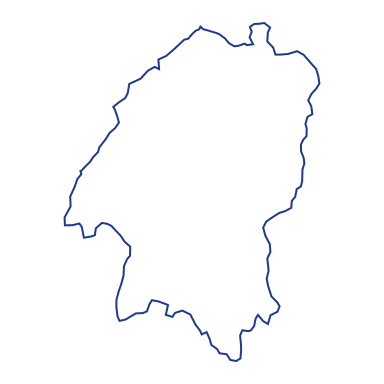 Pachna, Limassol, Cyprus (Equal Earth projection)
{"feature_id": "46923920B95512444648748", "entity_name": "Pachna", "entity_type": "district", "adm_level": 2, "iso_a3": "CYP", "parent_name": "Cyprus", "parent_adm1": "Limassol", "projection": "equal_earth", "projection_center": [32.786, 34.766], "detail": "fine", "context": "isolated", "style": "outline", "palette": "blue", "viewbox_px": 384, "rotation_deg": 0, "n_neighbors": 0, "source": "geoboundaries", "source_scale": "gbopen_adm2", "svg_char_len": 2153}
<svg xmlns="http://www.w3.org/2000/svg" viewBox="0 0 384 384"><path d="M80.4,171.1L81.4,174.1L77.3,179.1L74.8,186.5L70.2,196.6L70.6,206.4L64.6,217.3L64.9,225.3L72.4,225.2L79.3,223.5L81.8,227.0L82.9,232.7L83.9,237.7L91.6,236.4L94.9,235.1L95.8,228.4L101.9,222.9L107.5,223.9L111.7,226.1L114.8,229.6L120.8,235.9L124.6,241.7L130.2,246.6L130.0,255.8L127.2,258.9L124.0,266.1L123.5,275.8L121.1,284.5L118.7,291.4L116.4,299.9L116.4,307.7L117.6,316.6L119.5,320.9L125.6,319.5L135.8,313.4L142.7,313.1L146.9,311.4L149.4,304.3L151.9,300.2L157.9,301.3L165.4,303.9L168.0,305.1L165.8,314.8L172.4,316.9L175.0,312.9L182.3,310.6L190.3,314.5L195.5,324.6L200.1,330.7L201.7,334.4L206.6,332.1L209.5,338.6L211.4,345.0L217.1,349.1L219.5,353.3L226.6,354.2L230.4,360.0L236.2,361.0L240.4,358.5L241.1,351.0L241.1,346.2L240.1,335.6L242.3,330.3L248.8,331.2L250.9,330.3L254.1,326.1L255.7,318.4L258.0,314.9L263.2,321.2L267.5,323.7L267.9,324.0L270.5,315.2L277.4,311.8L279.6,306.3L277.4,302.5L271.5,296.5L268.6,287.6L268.0,285.6L266.7,278.4L268.6,270.7L267.3,258.4L270.4,252.0L269.8,244.2L265.3,235.6L263.2,227.6L266.2,221.6L273.0,216.9L279.3,212.9L285.0,211.2L291.3,207.8L291.8,200.9L295.2,196.8L296.7,189.1L300.8,186.5L302.2,181.1L302.3,175.1L302.5,169.5L304.3,163.6L303.7,158.0L301.1,151.5L300.9,144.6L303.3,139.6L306.5,136.2L306.7,128.4L305.4,123.9L307.5,116.9L312.3,114.1L311.3,106.3L308.2,100.3L311.4,94.0L316.1,88.8L319.4,83.6L319.1,81.4L318.2,75.8L316.1,68.9L311.6,64.0L308.2,60.0L303.6,54.8L297.1,51.2L287.9,54.0L280.7,54.6L275.5,54.6L273.2,47.6L267.3,41.4L267.8,32.7L270.1,27.5L266.4,24.7L264.3,23.0L259.8,23.7L254.2,24.0L249.9,26.9L251.7,31.8L249.6,37.3L253.1,44.3L246.7,45.1L244.7,43.6L238.7,45.7L234.3,46.3L228.9,43.1L224.8,38.2L219.1,34.1L216.4,33.0L208.7,30.7L203.2,29.2L200.4,26.6L199.3,29.2L195.4,30.9L191.5,34.8L188.1,38.8L184.3,39.6L174.4,48.9L166.3,55.9L158.4,59.5L159.1,69.1L154.7,66.9L147.9,70.7L140.7,78.6L129.3,83.9L127.7,93.2L125.3,98.0L118.8,102.4L113.3,106.9L115.0,109.9L117.6,117.6L118.9,122.6L115.2,128.0L109.5,133.0L105.7,139.2L99.4,147.2L98.0,152.1L93.2,157.1L90.0,161.9L85.3,166.5L81.3,170.8L80.4,171.1Z" fill="none" stroke="#1e3a8a" stroke-width="2"/></svg>